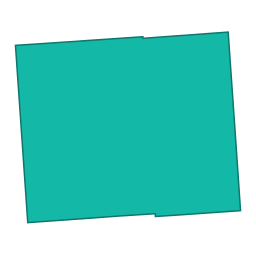 outline of Osage, Kansas, United States of America, rotated 86°
{"feature_id": "52423323B63227150255975", "entity_name": "Osage", "entity_type": "district", "adm_level": 2, "iso_a3": "USA", "parent_name": "United States of America", "parent_adm1": "Kansas", "projection": "robinson", "projection_center": [-95.723, 38.652], "detail": "fine", "context": "isolated", "style": "filled", "palette": "teal", "viewbox_px": 256, "rotation_deg": 86, "n_neighbors": 0, "source": "geoboundaries", "source_scale": "gbopen_adm2", "svg_char_len": 337}
<svg xmlns="http://www.w3.org/2000/svg" viewBox="0 0 256 256"><g transform="rotate(86 128 128)"><path d="M37.7,234.5L215.4,234.6L215.2,142.1L215.4,106.8L218.2,106.8L218.3,85.5L218.3,42.9L218.3,21.5L145.2,21.4L39.3,21.4L39.5,85.4L39.6,106.8L38.0,106.8L37.8,213.2L37.7,234.5Z" fill="#14b8a6" stroke="#0f766e" stroke-width="1.5"/></g></svg>